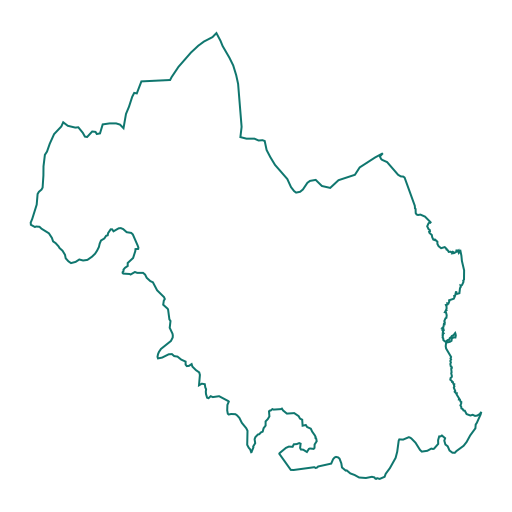 the district of Ogan Komering Ulu Selatan, Sumatera Selatan, Indonesia
{"feature_id": "22746128B38683854456350", "entity_name": "Ogan Komering Ulu Selatan", "entity_type": "district", "adm_level": 2, "iso_a3": "IDN", "parent_name": "Indonesia", "parent_adm1": "Sumatera Selatan", "projection": "equal_earth", "projection_center": [104.077, -4.568], "detail": "fine", "context": "isolated", "style": "outline", "palette": "teal", "viewbox_px": 512, "rotation_deg": 0, "n_neighbors": 0, "source": "geoboundaries", "source_scale": "gbopen_adm2", "svg_char_len": 6060}
<svg xmlns="http://www.w3.org/2000/svg" viewBox="0 0 512 512"><path d="M279.3,453.8L290.8,469.9L293.6,470.0L314.3,467.2L315.7,468.0L317.3,467.4L318.1,466.5L331.2,463.6L333.1,459.2L334.6,457.5L336.0,456.9L338.1,457.4L339.5,458.6L341.3,463.3L342.0,467.5L345.7,470.6L346.7,470.4L350.3,473.4L354.6,475.0L359.1,477.5L365.9,478.0L371.9,476.8L374.4,477.4L375.3,478.6L376.1,478.9L377.1,478.2L379.7,478.9L384.6,476.8L385.7,473.8L389.9,468.1L395.6,457.9L397.2,451.8L398.7,440.7L399.3,439.4L403.1,439.6L408.8,437.2L409.8,437.5L411.3,438.4L415.5,442.7L420.0,449.9L421.8,451.6L427.3,450.8L431.3,448.6L433.0,449.0L434.0,448.7L438.2,443.9L438.1,440.2L439.2,436.4L440.6,436.4L441.9,435.5L445.1,438.2L444.3,440.7L445.4,444.5L447.7,446.3L449.5,450.5L452.4,452.7L454.8,452.8L456.4,451.1L463.6,445.8L466.6,442.0L470.2,435.4L475.4,428.3L475.7,424.5L476.8,422.9L480.6,414.5L481.3,411.9L479.8,414.0L477.2,415.6L475.0,415.9L472.7,414.8L470.4,415.5L466.6,414.1L464.8,410.7L463.5,410.5L462.7,409.1L461.4,408.4L461.2,406.6L460.4,405.4L461.2,403.5L461.3,402.0L460.5,401.6L459.9,399.6L458.9,399.5L459.1,398.5L456.6,394.4L456.8,393.3L456.1,393.3L454.7,391.8L455.3,391.1L453.8,387.7L454.4,386.4L454.0,385.8L454.3,384.2L453.4,383.9L452.8,382.0L452.1,382.0L451.9,381.1L450.3,379.7L450.6,378.0L451.6,377.2L451.9,376.1L451.2,373.2L451.6,372.3L451.2,368.8L451.9,367.9L451.5,366.7L450.8,366.5L450.3,364.0L450.9,362.4L450.3,361.0L451.1,359.4L450.5,358.5L451.1,357.0L446.1,348.5L445.7,346.3L446.1,342.7L449.9,341.8L451.5,340.8L451.8,338.4L453.8,337.4L455.4,337.5L455.8,335.5L455.4,333.5L455.2,333.0L453.6,335.1L451.8,336.0L451.2,337.1L449.8,338.1L449.1,339.8L447.6,340.1L446.0,341.5L444.9,341.4L443.4,340.1L443.2,338.2L442.6,337.6L442.8,336.3L442.6,335.6L443.0,335.0L442.6,334.1L443.7,333.3L442.8,332.2L443.2,331.1L442.5,330.2L443.7,330.0L443.3,328.5L442.2,328.1L443.5,326.8L443.9,323.9L444.6,324.1L444.8,322.2L444.3,321.1L445.5,318.3L446.4,317.8L446.7,315.2L446.0,312.4L444.9,312.2L445.8,310.5L446.5,310.2L446.2,309.5L446.6,308.4L446.5,306.3L445.9,305.0L447.3,304.6L447.3,303.3L448.4,303.6L449.3,301.4L449.1,300.3L453.8,298.7L454.5,297.2L454.2,296.0L455.1,295.8L455.9,292.1L456.3,292.1L456.4,293.4L457.0,293.9L459.4,293.2L460.0,288.1L460.7,287.1L460.5,285.4L461.2,285.7L462.1,284.9L463.5,281.8L463.2,280.7L464.0,279.6L464.1,270.3L461.9,260.9L461.4,255.7L460.2,249.8L460.0,251.6L458.9,252.8L458.6,251.0L458.2,251.6L457.7,250.5L456.9,250.4L456.4,250.5L456.5,251.7L454.1,253.1L452.6,253.3L453.3,252.1L452.7,251.7L451.4,252.4L450.5,251.7L448.7,251.9L447.8,250.3L446.5,249.5L446.6,248.9L444.7,247.1L441.1,248.2L438.6,246.2L437.4,243.9L437.4,241.7L435.0,239.5L434.6,239.5L434.8,240.1L433.3,239.6L432.2,237.2L431.8,235.0L429.5,232.9L429.1,231.8L430.0,231.2L429.7,229.9L428.6,229.2L427.2,226.3L428.5,223.4L429.4,222.6L430.2,222.8L430.6,222.3L425.0,216.6L420.4,214.6L418.0,215.0L416.6,214.5L415.7,213.1L415.6,209.0L415.0,208.4L414.8,205.8L404.6,177.6L403.3,176.6L400.8,176.4L398.1,174.8L387.1,162.1L382.0,159.8L381.0,158.8L379.9,156.5L382.8,153.3L375.2,157.4L359.7,167.4L354.9,174.8L338.5,180.2L330.2,187.9L321.9,186.0L315.7,179.9L310.0,180.9L307.4,182.8L302.9,189.5L300.1,191.8L296.1,192.6L294.1,191.1L291.0,187.1L287.3,179.0L275.0,164.9L270.3,157.1L266.6,150.0L264.7,141.0L262.5,140.2L258.6,140.5L254.5,138.7L246.6,138.7L240.4,137.1L241.6,126.9L238.1,83.9L236.2,75.2L233.2,65.4L229.4,57.7L222.6,46.0L220.5,40.8L216.4,33.1L212.5,37.1L204.0,41.5L198.3,45.7L191.0,52.5L178.5,66.8L171.6,77.1L170.1,80.0L141.4,81.4L136.8,93.4L134.2,92.9L132.2,96.8L129.0,106.7L126.0,113.9L123.5,128.2L120.0,124.6L116.1,123.4L109.6,123.4L102.7,124.4L100.0,133.4L96.8,134.0L95.5,131.9L92.2,131.5L87.1,137.0L84.9,136.6L82.8,132.8L78.3,127.3L75.3,127.6L67.8,125.8L63.2,122.3L61.3,126.5L54.1,134.1L49.8,143.6L47.0,151.6L44.9,154.8L43.5,166.3L43.4,175.6L42.6,187.6L41.5,189.6L38.9,191.8L37.6,194.0L36.7,204.6L32.2,219.0L30.7,222.6L30.9,224.8L34.9,227.0L36.2,226.5L39.5,226.8L41.5,228.7L48.9,233.3L51.9,237.9L53.1,241.4L55.6,243.1L58.6,246.4L59.5,248.0L62.5,250.7L65.0,254.8L65.7,258.3L68.4,261.3L71.0,263.1L75.6,261.9L79.3,259.5L83.1,260.5L87.4,259.9L92.0,256.7L95.1,253.7L97.1,250.6L98.9,247.0L99.7,243.6L101.0,240.5L104.3,238.5L106.1,235.8L107.7,235.3L108.1,233.1L110.7,229.3L112.1,229.3L113.5,231.3L118.7,228.3L120.8,228.1L123.2,229.1L126.7,232.2L131.2,232.9L132.8,234.4L137.6,245.4L138.4,247.6L138.2,248.9L135.5,249.1L135.3,251.1L133.1,258.0L127.7,263.0L127.7,266.0L125.0,267.8L123.5,269.6L123.5,271.1L122.6,272.2L122.7,273.1L123.3,273.6L129.6,274.0L130.6,274.5L134.9,272.0L137.3,272.9L143.1,272.9L145.1,274.6L146.7,277.8L150.3,281.1L152.9,282.3L157.1,290.3L164.0,297.1L164.8,299.0L163.8,300.7L163.2,304.7L167.7,308.8L168.1,309.7L169.4,319.4L170.5,321.0L169.7,327.8L172.5,333.7L172.8,335.4L172.7,337.5L170.9,341.0L161.0,348.9L158.9,352.0L158.0,354.2L157.5,356.8L158.0,358.4L162.1,357.6L168.7,354.3L171.9,354.1L174.2,356.1L177.5,356.6L181.2,359.6L185.6,361.6L185.6,364.6L186.8,366.1L188.9,365.9L191.6,364.1L192.4,366.6L195.9,370.1L199.2,372.4L199.9,374.9L199.0,385.3L201.8,383.7L204.8,384.2L205.3,387.5L206.1,389.2L205.8,391.7L206.0,394.1L207.1,397.7L208.5,398.2L210.7,396.2L212.8,397.1L219.1,396.2L228.5,401.2L228.8,401.6L227.4,404.9L227.2,410.4L227.8,413.7L228.7,414.5L231.1,414.0L235.4,414.2L237.0,415.3L239.4,417.9L241.8,422.8L246.3,428.3L247.5,430.8L247.2,444.8L248.7,447.7L250.2,449.4L251.5,453.2L251.3,452.6L253.4,447.4L253.2,446.5L255.2,443.2L254.6,439.2L255.4,437.1L257.9,434.5L259.3,434.2L260.8,432.5L262.7,431.6L263.6,428.2L265.6,425.6L265.6,421.4L267.8,419.1L269.4,416.4L269.0,411.3L269.8,410.6L270.6,410.6L272.4,409.1L273.6,409.6L281.0,409.1L281.9,408.6L283.0,410.4L286.9,413.6L294.2,413.1L298.6,416.1L300.0,418.6L302.2,419.7L302.6,425.7L305.8,425.0L307.1,427.0L310.8,428.7L312.1,431.5L314.9,435.5L315.7,437.2L315.4,437.9L316.2,438.7L316.7,441.2L314.6,444.5L314.5,447.9L313.6,448.9L310.0,448.5L308.9,448.9L306.9,452.0L303.2,449.7L300.9,449.5L300.1,447.9L300.6,443.7L299.2,443.1L296.7,444.1L293.8,444.3L292.6,446.8L288.8,446.6L285.9,447.9L279.6,453.1L279.3,453.8Z" fill="none" stroke="#0f766e" stroke-width="2"/></svg>